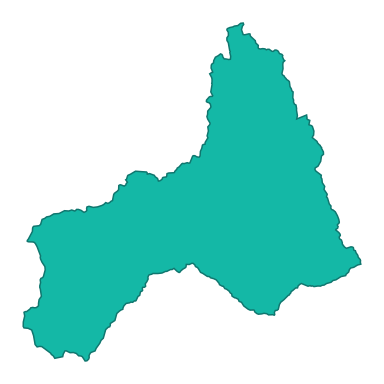 outline of Oyon, Lima, Peru
{"feature_id": "86281439B90179461715440", "entity_name": "Oyon", "entity_type": "district", "adm_level": 2, "iso_a3": "PER", "parent_name": "Peru", "parent_adm1": "Lima", "projection": "orthographic", "projection_center": [-76.859, -10.718], "detail": "fine", "context": "isolated", "style": "filled", "palette": "teal", "viewbox_px": 384, "rotation_deg": 0, "n_neighbors": 0, "source": "geoboundaries", "source_scale": "gbopen_adm2", "svg_char_len": 5939}
<svg xmlns="http://www.w3.org/2000/svg" viewBox="0 0 384 384"><path d="M125.7,179.8L127.4,182.2L126.1,183.8L125.8,185.0L124.2,186.1L120.7,184.8L119.8,184.9L118.8,185.5L118.6,189.7L117.3,191.2L114.4,193.3L113.7,194.5L112.5,200.6L111.1,201.2L109.5,202.7L107.8,203.4L105.7,202.6L104.1,204.2L102.1,205.4L97.5,206.9L93.3,207.4L89.0,206.3L87.0,206.9L86.6,208.3L86.8,210.4L86.1,211.3L84.0,212.4L81.0,210.3L78.3,209.4L76.6,209.4L75.5,210.6L74.7,211.0L71.7,210.0L68.8,211.0L64.5,210.7L59.1,213.5L53.8,213.9L49.8,216.3L46.6,216.9L44.7,218.4L42.1,219.4L40.6,224.4L39.1,225.7L33.7,226.3L33.1,226.9L32.6,228.0L32.4,231.5L28.3,239.2L27.3,240.4L27.3,241.4L28.5,241.8L33.2,242.0L34.4,242.5L35.4,243.6L37.1,246.7L40.6,256.0L40.2,257.1L40.5,258.9L42.0,262.2L44.9,266.6L45.2,269.9L43.4,276.6L42.5,277.7L40.9,278.4L40.2,279.9L40.6,282.6L39.8,285.8L39.8,287.5L40.3,288.9L41.4,296.3L39.1,299.6L38.5,303.3L38.5,305.8L36.3,307.6L34.2,307.8L32.9,307.4L30.8,307.8L29.9,309.1L26.6,311.6L25.3,311.6L24.0,312.3L24.7,316.0L23.3,322.0L23.2,326.4L24.0,327.9L28.1,328.3L31.7,330.0L33.6,335.8L35.1,344.5L37.1,346.9L39.7,346.4L41.8,346.6L50.7,353.2L51.3,354.4L53.3,355.9L54.8,358.3L62.7,356.7L63.3,354.0L64.9,351.0L66.1,350.8L70.1,352.7L73.4,352.5L76.4,353.5L78.6,355.8L81.0,356.0L82.3,356.7L85.1,361.0L86.9,360.8L87.8,360.0L88.8,358.9L89.2,357.3L89.0,355.6L90.3,353.1L91.2,352.4L95.1,350.9L96.1,348.4L99.8,343.2L101.0,340.4L103.3,338.2L105.7,329.6L108.2,327.2L109.7,326.8L110.3,325.4L110.3,323.5L114.9,320.5L116.8,313.5L119.4,311.1L121.0,310.0L122.8,309.3L123.0,307.9L124.0,305.7L126.2,303.4L129.7,302.8L130.7,302.1L132.7,302.3L134.5,300.8L135.4,301.0L136.0,300.7L138.0,296.4L139.7,295.4L140.4,292.1L140.8,291.5L141.8,291.3L142.6,290.4L142.3,288.4L142.6,287.4L144.6,287.2L145.6,286.3L145.3,283.8L146.9,281.6L148.1,279.1L147.9,277.1L148.6,275.5L149.2,274.8L151.8,274.2L152.8,273.5L158.0,273.5L162.1,273.0L165.5,271.4L166.8,271.4L170.3,269.6L172.2,269.5L174.0,268.4L177.3,271.5L179.1,272.5L180.1,272.0L180.6,271.1L182.8,269.2L185.5,267.6L186.0,266.9L186.3,264.4L189.2,264.5L191.9,263.3L193.2,263.4L195.0,265.1L195.1,265.9L196.1,267.0L197.2,267.3L198.2,268.4L200.6,272.4L202.8,273.4L207.3,276.4L209.5,276.6L210.5,277.8L213.8,278.7L216.3,279.9L219.1,283.4L219.5,284.7L222.3,286.2L223.4,286.3L224.8,288.6L226.6,289.2L229.2,291.2L230.3,293.0L231.6,293.8L232.1,296.2L234.7,297.8L235.6,297.9L238.2,299.2L239.1,301.4L241.5,302.3L243.8,306.0L248.1,309.2L250.1,310.1L253.8,310.0L254.3,310.4L254.7,311.8L256.7,313.5L258.4,314.2L261.7,313.9L264.0,313.3L266.7,313.7L268.6,314.9L272.8,314.7L274.2,315.2L274.7,314.7L274.4,312.3L275.3,310.5L277.0,310.3L278.3,309.3L279.4,304.6L280.7,302.3L284.0,299.6L288.2,295.4L289.4,294.9L289.8,293.9L290.6,293.2L291.3,291.4L292.4,290.8L295.6,288.0L297.5,287.9L298.2,285.8L300.0,284.2L301.4,283.5L308.0,286.2L310.3,285.6L311.1,286.2L312.1,285.8L314.0,286.6L317.9,286.0L320.6,286.1L322.1,285.3L324.1,285.1L326.6,283.5L331.0,282.3L333.0,280.5L336.0,279.8L341.0,276.6L345.7,275.6L346.1,274.3L348.7,272.0L349.4,269.5L350.8,268.0L353.8,267.3L357.6,265.0L360.8,264.2L360.3,261.9L360.6,260.9L360.2,259.5L358.2,257.2L357.8,255.3L356.0,252.7L355.4,250.7L353.8,250.1L353.4,247.7L352.7,247.1L351.0,246.8L346.4,248.3L344.4,246.9L342.3,244.0L342.3,242.6L341.4,240.0L339.9,239.1L339.3,238.0L339.2,237.0L340.3,235.5L340.1,234.2L338.8,232.5L335.7,229.9L335.9,229.3L337.6,228.3L338.1,226.5L337.5,225.8L337.4,224.7L339.1,223.0L339.3,222.1L338.8,219.4L337.4,215.7L335.3,211.8L333.1,210.0L331.8,209.6L330.8,208.3L331.0,206.0L329.3,204.0L327.5,198.0L326.5,197.0L327.2,194.2L324.0,189.4L324.7,186.4L322.3,182.7L321.9,178.9L321.0,177.3L321.3,175.2L315.9,171.1L314.9,169.5L315.2,167.9L318.0,166.2L320.7,161.3L321.4,156.5L321.6,155.9L323.5,154.3L323.4,151.9L321.5,148.3L321.6,147.5L320.6,146.5L320.2,145.4L319.2,144.7L317.5,142.8L317.0,141.4L312.3,137.6L312.9,136.1L313.6,135.2L313.9,131.1L312.4,126.5L311.6,125.7L308.9,124.7L309.8,120.4L307.8,119.6L306.8,118.7L307.0,117.7L306.6,115.0L296.7,119.0L297.4,115.7L296.5,110.1L296.6,108.5L296.0,105.0L294.5,104.2L293.5,102.1L293.6,100.0L292.8,97.9L293.1,91.9L291.8,90.8L291.4,89.0L290.0,86.6L289.4,81.8L288.6,80.8L286.5,79.4L286.1,78.6L284.8,77.3L284.1,75.9L282.7,75.1L281.9,73.6L283.0,68.8L282.8,64.6L283.1,62.3L284.8,60.7L283.7,59.8L282.4,56.7L282.8,55.5L281.8,54.3L279.5,53.6L278.2,51.2L276.7,50.2L275.0,50.0L273.2,51.4L271.9,51.3L269.2,49.3L267.6,49.3L266.3,49.8L265.0,48.9L262.8,48.6L260.2,49.0L258.5,48.5L258.1,47.4L258.3,45.4L255.7,42.9L255.3,40.7L250.7,36.4L250.1,35.2L250.1,34.1L249.1,33.8L244.6,34.8L243.2,34.6L241.5,29.7L242.4,26.2L243.7,24.5L243.2,23.0L240.6,23.3L237.8,25.6L234.3,26.1L232.9,26.9L229.9,27.5L227.4,28.6L227.0,29.2L226.9,30.0L228.3,32.3L228.4,35.6L226.9,37.8L226.9,39.6L227.0,40.6L228.3,42.7L229.7,50.7L230.2,51.4L229.8,52.5L230.7,56.3L230.4,59.3L228.6,59.5L225.6,58.9L224.3,59.0L222.9,57.1L222.4,55.2L221.8,54.4L220.5,53.9L218.2,55.7L215.4,57.2L213.7,60.7L213.5,62.9L211.9,64.0L211.3,65.1L211.1,68.1L212.6,71.8L212.6,72.4L211.6,72.6L209.7,73.8L211.5,77.2L212.0,78.9L212.0,82.3L211.7,83.4L212.1,84.1L210.8,91.9L212.7,95.7L212.3,96.4L210.2,96.5L209.2,97.0L206.5,100.1L206.4,101.6L207.2,102.2L209.3,102.9L210.3,104.1L210.6,105.2L210.9,106.8L210.5,107.8L207.7,111.1L207.6,114.3L206.9,116.6L207.7,119.1L210.0,123.0L210.0,123.8L209.6,124.8L207.8,126.9L208.4,131.0L207.1,135.9L207.9,137.8L205.2,142.3L205.0,144.2L203.2,144.5L202.4,145.2L201.8,148.2L200.4,151.4L200.1,155.7L199.5,156.9L198.9,157.2L196.7,156.8L194.9,155.7L193.2,155.7L192.6,156.2L189.9,162.9L188.9,163.2L187.2,162.7L184.2,163.6L182.5,163.4L181.7,163.9L179.1,166.9L177.2,168.1L176.8,169.2L174.8,171.3L174.5,172.3L174.0,172.7L168.7,173.0L167.0,173.6L166.7,176.2L166.2,176.9L163.1,177.4L162.5,177.9L162.0,179.4L159.7,180.9L158.4,181.0L157.5,178.4L155.2,176.8L154.3,175.3L149.6,173.6L147.3,174.1L147.1,172.7L146.5,172.0L135.5,171.2L130.1,174.4L128.1,175.2L127.6,175.8L126.5,179.3L125.7,179.8Z" fill="#14b8a6" stroke="#0f766e" stroke-width="1.5"/></svg>